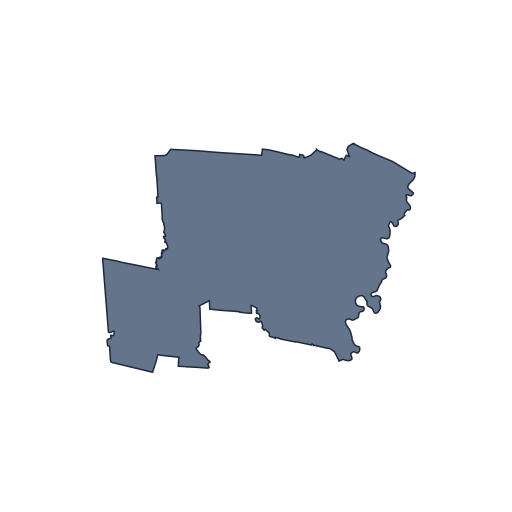 outline of Corbii Mari, Dâmbovita, Romania, rotated 58°
{"feature_id": "2599482B2224953601134", "entity_name": "Corbii Mari", "entity_type": "district", "adm_level": 2, "iso_a3": "ROU", "parent_name": "Romania", "parent_adm1": "Dâmbovita", "projection": "robinson", "projection_center": [25.473, 44.533], "detail": "fine", "context": "isolated", "style": "filled", "palette": "slate", "viewbox_px": 512, "rotation_deg": 58, "n_neighbors": 0, "source": "geoboundaries", "source_scale": "gbopen_adm2", "svg_char_len": 6106}
<svg xmlns="http://www.w3.org/2000/svg" viewBox="0 0 512 512"><g transform="rotate(58 256 256)"><path d="M269.4,435.1L299.8,405.3L291.9,396.0L287.6,391.6L289.4,389.8L301.1,374.9L303.8,377.2L308.4,380.3L312.0,375.0L312.8,374.1L321.4,361.9L322.0,361.2L325.7,356.1L325.7,355.2L325.6,354.7L324.3,354.8L323.9,354.3L323.4,354.5L322.2,354.1L322.0,353.0L321.4,352.1L321.7,351.5L321.6,351.2L321.3,351.0L319.9,351.3L319.2,351.8L318.4,352.0L314.9,352.3L311.9,353.1L311.5,354.0L309.6,355.2L308.2,355.5L303.1,356.0L302.6,355.4L302.3,354.5L302.3,353.0L301.3,351.4L299.3,350.4L298.8,348.8L299.0,348.2L298.8,347.9L298.1,347.5L297.6,347.6L296.9,347.3L296.7,346.7L295.8,346.6L291.8,343.4L270.3,331.0L269.4,330.7L268.2,330.8L269.2,319.2L276.6,323.4L284.1,313.7L294.4,299.6L294.9,299.8L301.6,291.3L301.6,290.8L302.1,290.1L301.9,289.9L295.4,286.3L296.4,285.2L298.4,284.3L299.1,283.6L300.5,283.0L302.8,283.8L302.5,284.1L302.5,284.7L302.8,284.9L303.6,285.1L304.4,285.8L304.7,285.8L305.1,285.1L305.8,285.1L306.3,284.5L307.8,284.2L308.7,284.3L310.3,285.2L310.9,286.2L311.0,286.8L310.0,287.4L309.4,287.6L308.6,288.4L308.8,289.5L309.0,289.9L309.4,290.2L310.6,290.4L312.0,290.3L313.0,289.5L313.8,288.3L313.9,287.7L313.7,287.2L313.6,286.9L314.2,286.4L316.2,286.4L317.3,287.0L318.5,287.2L319.0,287.5L319.7,288.6L320.5,289.0L322.3,288.4L323.3,288.5L323.3,288.1L323.0,287.5L323.4,286.8L326.8,286.1L327.1,285.6L327.6,285.5L328.3,285.6L330.5,286.9L331.7,286.9L333.8,284.8L336.0,283.3L335.3,282.7L338.5,279.6L339.0,279.6L349.7,268.3L349.6,268.1L350.3,267.1L360.8,256.2L360.3,255.8L360.3,255.0L361.2,254.7L362.4,254.7L362.5,254.4L362.3,254.2L370.3,246.2L373.8,242.3L378.7,240.2L384.6,240.7L386.1,241.0L387.0,240.8L388.0,241.2L389.1,241.3L389.3,240.6L389.5,237.8L389.9,236.9L391.7,235.4L393.0,234.0L394.1,232.6L394.4,231.1L394.5,229.7L394.0,229.1L393.1,228.6L390.5,228.0L389.3,227.5L388.7,226.2L388.8,224.5L389.2,223.4L391.8,221.8L392.2,220.9L391.6,219.0L390.7,217.9L388.7,216.6L387.2,216.8L386.1,218.2L383.5,219.4L382.3,219.4L378.1,218.9L375.6,217.6L370.7,216.1L367.9,215.7L363.6,215.9L361.2,215.8L358.9,214.9L358.0,213.7L358.0,212.0L358.7,210.5L359.9,209.3L361.3,208.5L361.9,207.4L362.2,203.4L362.2,202.0L361.5,200.9L360.3,200.2L358.7,198.2L358.6,196.9L359.3,195.3L359.4,194.0L359.1,193.2L358.2,192.3L356.8,191.8L356.1,191.9L355.6,192.3L355.0,193.4L352.5,195.9L351.4,196.4L349.5,196.5L348.0,196.2L347.0,195.7L345.8,194.7L344.7,193.2L344.6,191.9L344.7,189.3L345.9,186.9L347.1,186.3L348.2,186.1L352.8,186.0L353.9,186.3L355.5,187.4L356.4,187.7L358.0,187.5L361.0,185.7L362.0,185.3L363.6,185.2L365.9,185.7L367.4,185.5L368.2,184.4L368.4,182.9L368.1,181.8L366.5,178.5L364.9,177.2L360.4,175.6L360.0,175.2L359.7,174.2L358.6,172.9L356.3,172.5L355.4,173.0L353.6,174.5L353.0,175.7L352.9,177.4L352.5,178.2L351.9,178.8L351.0,179.2L350.2,179.3L349.7,179.0L349.2,178.3L348.7,177.2L348.8,176.0L349.6,173.4L349.7,172.5L349.3,171.5L346.1,166.7L344.8,163.8L343.2,161.7L342.9,160.7L343.3,158.5L343.3,157.7L343.0,156.7L341.7,155.5L338.8,154.8L337.2,153.7L336.3,150.7L336.4,149.4L336.7,148.4L336.6,147.9L335.8,147.1L335.1,146.9L331.2,146.8L326.9,145.9L326.1,145.2L322.2,140.9L320.7,140.1L317.7,138.8L316.0,138.9L314.6,139.6L312.4,141.6L311.6,142.1L310.6,142.2L309.2,142.1L307.8,141.6L307.3,140.4L307.4,139.2L310.6,136.1L311.0,135.1L311.1,134.4L310.9,133.4L309.3,131.5L306.1,129.2L304.6,128.4L303.0,128.0L301.8,127.9L300.4,127.5L300.0,127.1L298.2,124.2L298.3,123.6L298.7,123.2L299.5,122.9L303.6,123.0L304.6,122.4L305.1,121.6L305.2,120.8L305.1,119.8L304.5,118.7L303.5,118.0L301.3,117.1L300.8,116.5L300.8,116.2L301.3,114.0L301.1,111.1L300.7,110.0L300.5,108.4L299.2,108.1L298.5,107.4L298.0,106.5L297.1,103.8L297.3,103.1L298.3,101.5L297.8,100.2L296.7,99.3L295.9,99.0L293.1,98.9L291.5,99.2L288.9,99.2L288.1,98.8L286.3,97.1L284.1,96.6L283.8,96.4L283.9,95.5L286.8,93.0L287.1,92.3L287.0,90.6L286.6,89.7L285.9,89.1L279.4,91.1L277.8,90.7L277.3,90.3L276.1,88.2L275.4,85.7L275.0,83.3L273.6,80.2L272.5,78.9L269.5,76.9L269.0,78.8L268.2,80.1L248.2,90.1L235.5,99.1L229.2,103.3L228.2,103.7L224.8,105.8L219.0,109.9L215.3,112.1L212.5,113.4L212.9,113.9L212.0,114.3L211.9,119.7L213.9,122.5L221.1,124.1L218.4,126.1L221.2,130.6L218.5,131.5L218.3,133.7L201.7,145.6L201.7,146.5L197.6,148.1L198.3,148.4L198.4,150.1L199.3,154.2L199.6,156.7L199.2,159.2L198.6,161.8L198.5,163.2L196.0,162.4L195.4,162.7L193.0,165.1L195.2,166.9L193.3,168.8L190.0,171.5L189.2,171.9L189.0,172.8L176.8,184.8L171.8,190.0L168.8,193.9L173.6,197.9L170.4,202.1L147.2,234.5L135.7,249.9L120.3,271.9L121.6,274.9L122.8,278.2L122.2,280.5L117.5,288.6L122.0,290.9L132.8,296.7L137.9,299.1L153.8,307.7L154.1,308.0L153.5,308.7L153.5,309.1L158.9,312.1L160.4,308.8L160.8,308.6L162.1,308.8L172.0,314.2L175.7,316.4L176.5,316.3L178.3,316.9L179.4,316.7L180.2,317.4L182.2,317.9L185.2,319.6L186.8,321.6L187.4,321.7L188.3,321.5L191.1,322.1L191.4,322.4L191.4,322.8L190.5,323.6L190.6,324.0L191.0,324.4L192.0,324.6L193.9,324.2L195.3,325.2L195.5,325.8L195.8,326.0L196.7,325.6L196.9,325.5L196.8,325.0L197.0,324.9L198.6,325.2L199.6,325.6L200.6,325.5L202.2,326.5L202.6,326.9L202.4,327.5L202.9,327.7L202.1,328.6L202.9,329.0L202.7,330.1L202.8,330.6L202.2,331.1L202.6,331.6L201.5,331.8L201.5,332.8L202.6,333.4L203.6,333.3L203.9,333.7L203.2,334.3L203.2,334.5L204.9,335.3L205.3,335.9L206.4,336.1L206.9,336.6L206.5,337.2L207.2,337.6L207.0,337.9L206.5,337.9L206.8,338.5L206.4,338.5L206.8,339.1L206.0,339.5L206.3,340.1L205.7,340.3L205.3,340.7L205.3,341.1L205.6,341.7L207.0,342.7L207.5,343.5L208.1,343.4L208.3,344.6L209.5,344.8L210.2,344.7L210.9,345.1L211.3,344.7L211.5,344.8L211.3,345.4L211.4,345.6L211.9,345.6L211.8,346.2L212.4,346.2L212.5,346.7L213.0,347.0L214.3,346.8L214.3,346.3L214.5,346.1L215.7,346.0L210.4,351.8L199.6,363.1L191.1,372.3L186.3,376.9L176.7,387.1L177.4,387.7L179.7,388.9L242.2,421.4L242.8,421.4L243.8,419.8L244.0,418.7L243.9,417.4L244.2,416.8L245.3,416.5L247.6,418.4L247.7,419.3L247.6,419.7L246.6,420.6L246.4,421.2L246.9,421.7L248.7,422.4L248.8,423.0L248.2,425.0L248.2,425.7L248.3,426.3L249.1,427.3L253.5,429.4L254.8,428.2L255.1,428.1L266.8,434.4L268.7,435.1L269.4,435.1Z" fill="#64748b" stroke="#1e293b" stroke-width="1.5"/></g></svg>